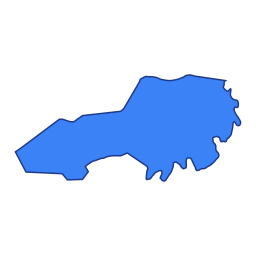 Cane, La Paz, Honduras
{"feature_id": "27666195B14338204727731", "entity_name": "Cane", "entity_type": "district", "adm_level": 2, "iso_a3": "HND", "parent_name": "Honduras", "parent_adm1": "La Paz", "projection": "robinson", "projection_center": [-87.651, 14.283], "detail": "fine", "context": "isolated", "style": "filled", "palette": "blue", "viewbox_px": 256, "rotation_deg": 0, "n_neighbors": 0, "source": "geoboundaries", "source_scale": "gbopen_adm2", "svg_char_len": 5779}
<svg xmlns="http://www.w3.org/2000/svg" viewBox="0 0 256 256"><path d="M197.3,170.5L197.7,170.5L198.0,170.5L198.3,170.4L198.7,170.2L199.1,170.1L199.3,170.0L199.8,169.5L200.0,169.4L200.4,169.2L200.9,169.0L201.2,168.9L201.8,168.8L204.1,168.6L204.6,168.5L205.0,168.4L205.4,168.2L207.7,166.5L208.6,166.1L209.3,165.8L210.0,165.4L210.6,165.0L211.0,164.8L211.5,164.3L212.2,163.5L212.7,163.1L213.6,162.5L213.9,162.2L214.7,161.2L216.8,158.7L217.2,158.3L217.6,157.9L217.8,157.8L218.3,157.2L218.5,156.8L218.7,156.3L218.8,156.0L218.8,155.6L218.8,155.0L218.7,154.3L218.5,153.6L218.2,153.0L216.4,150.9L216.2,150.5L216.0,150.1L215.9,149.6L215.8,148.9L215.8,148.3L215.9,147.4L215.8,146.7L215.7,145.8L215.4,144.7L215.2,144.3L214.3,143.4L213.6,142.8L213.5,142.7L213.4,142.6L213.3,141.7L213.0,140.2L212.9,139.5L212.8,138.8L212.8,138.4L212.9,137.8L213.0,137.6L213.8,137.3L215.0,136.8L215.7,136.5L216.1,136.5L216.6,136.5L217.0,136.5L217.4,136.6L218.0,136.9L218.7,137.2L219.4,137.6L219.6,137.8L219.7,138.0L220.1,139.3L220.2,139.8L220.3,140.5L220.7,140.7L220.8,140.8L220.9,141.0L221.0,141.4L221.0,141.5L221.4,141.7L221.7,141.7L222.2,141.7L222.5,141.6L222.6,141.4L222.8,141.2L223.2,141.1L223.6,141.2L224.1,141.5L224.5,141.6L224.9,141.7L225.4,141.7L225.6,141.7L225.8,141.6L226.0,141.5L226.1,141.4L226.3,141.1L226.4,140.9L226.6,140.4L226.7,139.9L226.8,139.7L227.0,139.2L227.2,138.9L227.6,138.6L228.5,137.9L229.0,137.4L230.2,135.9L230.8,135.0L231.2,134.4L231.3,133.7L231.9,131.0L232.5,128.4L232.7,127.1L232.8,125.6L232.8,124.7L232.9,124.3L233.1,123.5L233.2,123.1L233.4,122.6L233.7,122.1L234.0,121.9L234.3,121.7L234.5,121.7L234.6,121.8L234.8,121.8L234.9,122.0L236.6,124.9L236.9,125.2L237.2,125.3L237.4,125.5L237.8,125.6L238.3,125.7L238.7,125.6L239.1,125.5L239.5,125.3L239.8,125.0L240.0,124.7L240.2,124.3L240.4,123.8L240.5,123.4L240.6,123.0L240.6,122.6L240.6,122.3L240.5,121.8L240.1,120.8L239.6,119.8L238.5,118.0L237.8,116.9L237.0,115.9L236.5,115.2L236.0,114.4L235.6,113.7L235.1,112.7L234.5,111.2L234.3,110.3L234.1,109.7L234.1,109.3L234.1,109.0L234.2,108.6L234.2,108.4L234.4,108.1L234.6,107.7L234.8,107.5L235.1,107.3L235.4,107.1L235.8,107.1L236.1,107.2L236.5,107.4L237.3,107.5L237.5,107.4L237.8,107.1L238.0,106.6L238.2,106.1L238.3,105.3L238.3,104.5L238.3,103.7L238.3,103.0L238.1,102.3L238.0,101.7L237.8,101.3L237.6,100.9L237.2,100.6L236.9,100.3L236.4,100.1L235.2,99.9L233.7,99.4L233.3,99.2L232.6,98.8L232.3,98.4L231.9,98.1L231.5,97.6L231.2,97.0L230.8,96.3L230.6,95.7L230.5,95.2L230.4,94.4L230.4,94.0L230.4,93.6L230.7,91.4L230.9,90.1L230.9,89.7L230.8,89.3L230.8,89.1L230.7,89.0L230.6,88.9L230.4,88.9L230.1,89.0L228.8,90.5L228.2,91.0L227.8,91.2L227.6,91.2L227.4,91.2L227.1,91.1L226.8,91.0L226.3,90.6L225.8,90.2L224.9,89.4L224.2,88.7L223.8,88.2L223.6,87.9L223.3,87.5L223.3,87.4L223.3,87.2L224.2,84.3L224.2,84.1L224.1,83.7L224.1,83.4L224.1,83.0L224.2,82.6L224.4,82.0L224.6,81.5L225.0,81.0L225.5,80.6L194.7,76.1L193.7,75.8L191.4,75.2L190.7,75.0L190.4,75.0L189.4,75.0L188.3,75.1L187.5,75.2L186.7,75.4L186.0,75.6L184.6,76.4L184.2,76.7L183.4,77.2L183.1,77.3L178.1,79.2L176.0,79.7L173.0,80.3L171.4,80.5L170.4,80.6L169.7,80.6L168.8,80.6L166.7,80.4L164.2,80.0L162.2,79.6L161.0,79.4L160.3,79.1L156.2,77.4L154.4,77.1L152.4,76.8L151.6,76.8L149.6,76.7L147.7,76.6L146.7,76.5L146.3,76.5L146.0,76.5L145.5,76.6L144.9,76.8L144.3,77.1L143.6,77.4L143.1,77.7L142.4,78.2L141.2,78.7L140.6,79.1L140.4,79.2L140.3,79.3L140.1,79.7L139.9,80.8L139.6,81.5L137.5,85.2L124.2,107.9L123.2,109.2L121.3,110.8L120.2,111.4L119.1,111.5L82.5,115.6L73.9,121.7L71.3,121.8L70.2,121.7L68.6,121.2L65.7,120.3L63.3,119.4L61.9,119.2L60.6,119.3L59.3,119.3L22.1,147.2L15.4,151.9L26.0,172.0L62.2,173.7L67.4,179.9L82.5,179.4L88.3,171.7L85.4,166.7L86.1,166.0L86.5,165.5L88.0,164.2L91.4,162.0L91.9,161.7L92.5,161.3L93.5,161.0L94.4,160.8L94.8,160.7L100.9,158.5L101.6,158.3L102.1,158.3L102.7,158.3L103.1,158.3L103.6,158.1L104.0,158.0L105.3,157.4L107.1,156.7L108.1,156.5L109.3,156.2L110.8,156.0L112.3,155.8L113.8,155.7L114.9,155.7L117.1,155.7L117.7,155.7L119.5,155.8L119.9,155.8L120.4,155.8L121.0,155.6L121.5,155.5L126.3,153.4L127.5,153.1L147.4,166.6L147.8,168.9L147.9,169.7L147.0,170.6L146.9,171.5L146.4,175.7L146.3,177.9L146.3,178.7L146.3,179.0L146.4,179.3L146.5,179.4L146.6,179.5L147.1,179.4L149.1,179.1L149.7,179.0L150.1,178.8L150.5,178.5L150.8,178.1L151.3,177.6L151.9,176.6L154.2,173.9L154.8,173.2L155.3,172.8L155.9,172.4L156.5,172.0L157.0,171.7L157.6,171.4L158.7,171.0L159.3,170.8L159.9,170.6L160.2,170.5L160.5,170.5L160.8,170.6L161.1,170.8L161.4,171.0L161.6,171.3L161.8,171.6L161.9,172.0L162.0,172.5L162.0,172.9L162.0,173.4L161.9,173.8L161.1,175.6L160.4,177.2L160.3,177.6L160.3,177.9L160.3,178.2L160.3,178.4L160.4,178.5L160.7,178.6L160.9,178.7L161.0,178.8L161.2,179.0L161.5,179.6L161.7,180.0L161.9,180.1L162.1,180.3L162.8,180.7L163.1,180.9L163.4,180.9L163.9,181.0L164.4,181.0L164.9,180.8L165.2,180.6L165.5,180.4L165.8,180.1L166.0,179.8L168.9,175.2L170.2,173.5L170.8,172.6L171.2,171.9L171.4,171.6L171.6,171.1L172.3,169.1L173.1,166.7L173.2,166.4L173.3,165.0L173.4,163.8L173.6,162.9L173.8,162.6L174.1,162.4L174.5,162.2L174.8,162.1L175.1,162.1L175.5,162.1L175.9,162.1L176.4,162.3L176.9,162.5L177.2,162.7L178.5,163.7L179.5,164.4L179.8,164.7L181.4,167.2L182.3,168.1L183.0,168.6L183.3,168.7L184.3,168.5L185.0,168.2L185.6,167.9L185.8,167.8L186.0,167.6L186.1,167.3L186.2,166.9L186.3,166.6L186.2,163.0L186.2,161.8L186.1,161.3L186.2,160.7L186.4,159.8L186.5,159.3L186.7,158.9L186.8,158.7L187.2,158.3L187.5,158.1L187.8,158.0L188.3,157.9L188.7,157.9L189.1,157.9L189.5,158.0L189.9,158.0L190.3,158.2L190.6,158.3L190.8,158.5L191.0,158.7L191.7,159.9L192.8,162.2L194.2,165.2L194.5,166.0L195.0,166.6L195.1,166.9L195.3,167.3L195.6,168.5L195.9,169.3L196.0,169.5L196.4,169.8L196.5,170.1L196.5,170.3L196.8,170.4L197.3,170.5Z" fill="#3b82f6" stroke="#1e3a8a" stroke-width="1.5"/></svg>